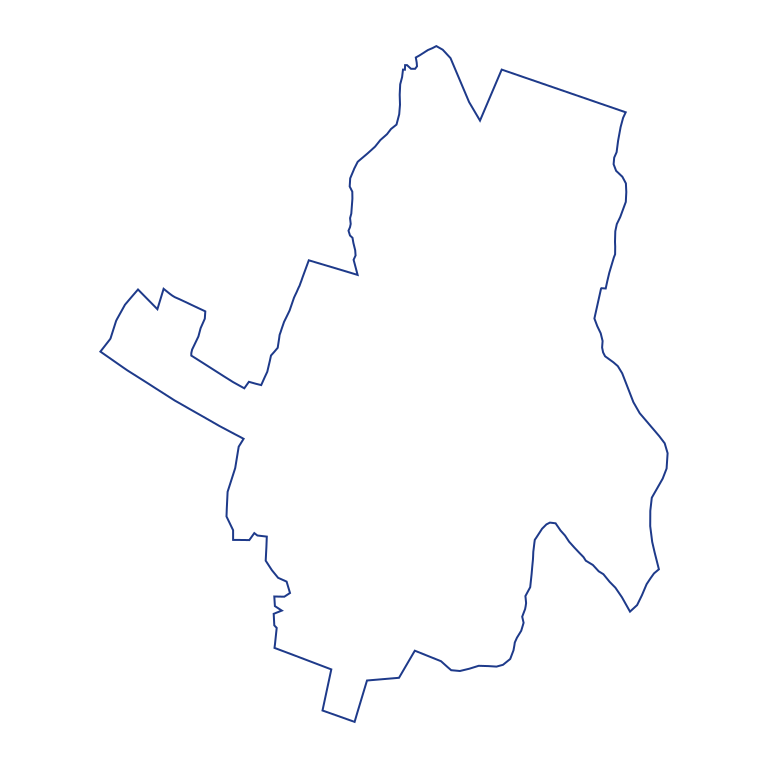 Metapa, Chiapas, Mexico (Robinson projection)
{"feature_id": "50627088B53896362948042", "entity_name": "Metapa", "entity_type": "district", "adm_level": 2, "iso_a3": "MEX", "parent_name": "Mexico", "parent_adm1": "Chiapas", "projection": "robinson", "projection_center": [-92.205, 14.822], "detail": "fine", "context": "isolated", "style": "outline", "palette": "blue", "viewbox_px": 768, "rotation_deg": 0, "n_neighbors": 0, "source": "geoboundaries", "source_scale": "gbopen_adm2", "svg_char_len": 3432}
<svg xmlns="http://www.w3.org/2000/svg" viewBox="0 0 768 768"><path d="M233.1,539.9L244.1,540.0L249.3,540.1L254.3,533.1L257.4,535.5L266.8,536.6L266.4,547.0L265.7,560.7L271.9,570.2L278.1,577.8L286.6,581.6L290.0,593.0L284.3,596.7L274.3,596.5L274.9,606.1L281.8,610.6L273.7,613.8L274.3,625.4L276.7,627.9L275.0,644.0L274.5,647.9L294.7,655.5L331.3,669.4L322.5,710.5L354.6,721.9L357.3,712.7L365.8,684.5L367.0,680.5L399.0,677.8L414.8,650.7L441.0,661.2L447.7,667.2L451.2,670.2L459.9,671.0L469.4,668.7L478.7,665.8L488.5,666.1L496.5,666.6L503.0,664.8L510.2,659.0L513.5,650.3L514.4,645.3L514.8,642.5L516.5,638.7L516.9,637.8L521.2,630.8L522.0,628.2L523.6,622.8L522.2,616.7L522.4,616.2L524.4,610.9L525.1,609.1L525.6,606.5L526.1,603.1L525.6,597.8L525.4,596.1L530.2,587.2L531.6,574.1L532.3,566.1L532.9,560.0L533.1,556.7L533.3,551.8L533.7,548.6L534.4,542.7L534.8,539.8L536.0,538.1L540.1,531.8L542.1,528.7L546.5,524.3L547.0,524.1L549.9,522.6L555.6,523.3L556.2,524.2L560.6,530.6L565.0,535.5L569.1,541.7L574.4,547.6L579.4,552.9L583.5,557.1L585.8,560.7L592.9,565.0L598.7,571.3L603.4,574.2L609.6,581.8L615.4,587.7L620.8,595.6L621.9,597.2L630.0,611.6L637.1,605.1L641.9,595.3L646.6,584.2L650.5,578.3L654.0,573.4L658.9,569.3L654.6,552.3L652.2,541.9L650.2,526.1L650.3,510.8L651.8,497.7L657.7,487.4L662.7,478.6L666.6,468.5L667.6,453.2L664.7,443.3L659.3,436.2L639.7,413.2L633.4,402.2L622.2,373.3L617.8,366.1L613.4,362.3L605.1,356.3L603.1,352.4L602.1,347.5L602.6,341.0L600.7,333.3L597.3,326.2L594.4,318.5L601.0,288.8L601.4,288.2L605.7,288.5L607.3,281.1L609.3,272.7L613.9,257.3L615.1,254.3L615.2,246.6L615.0,241.9L615.2,234.5L615.3,231.2L616.8,224.1L620.2,217.1L625.8,201.9L626.3,192.1L625.9,183.4L622.4,176.8L616.1,170.8L613.6,164.2L614.2,157.6L616.6,152.2L618.1,140.7L620.6,127.1L623.1,117.8L625.7,112.3L501.7,69.6L480.0,120.6L469.1,102.1L450.5,58.1L442.7,49.7L436.3,46.1L432.5,48.1L427.8,50.1L419.4,55.5L415.8,57.5L416.7,62.6L417.0,66.3L415.1,68.8L411.0,68.8L407.0,65.1L405.1,65.1L404.9,69.7L403.0,69.6L402.1,77.1L400.2,84.3L399.7,94.7L400.0,104.7L399.2,114.3L396.5,124.6L391.0,129.0L387.0,134.2L380.4,140.0L376.7,144.6L375.1,146.6L367.6,153.4L359.2,160.5L357.7,161.8L354.2,168.7L353.7,170.0L350.2,178.3L349.7,186.5L352.3,191.7L352.4,198.8L351.8,206.8L351.3,213.6L350.1,218.0L350.1,218.5L350.7,223.9L350.0,227.2L348.5,230.7L350.0,235.5L352.5,237.8L353.4,243.0L355.2,250.3L355.5,254.6L355.6,255.4L353.6,259.8L354.7,263.9L357.6,274.9L308.8,260.3L302.5,277.5L301.3,281.0L300.6,282.8L299.5,285.9L298.9,287.0L297.9,289.2L296.6,292.2L295.2,295.1L294.0,297.7L290.7,307.3L289.6,310.5L288.5,312.8L286.9,316.1L284.0,322.0L283.4,323.8L281.8,328.4L280.7,331.8L279.6,334.9L279.2,338.0L277.7,347.8L276.5,349.2L274.4,351.7L272.7,353.6L271.0,355.5L269.9,360.6L267.5,370.8L267.3,371.7L264.5,377.7L261.2,385.1L255.6,383.7L248.9,381.8L244.3,388.3L233.1,382.1L223.7,376.2L203.5,363.3L191.3,355.6L191.3,353.1L192.1,349.6L198.4,336.5L200.6,328.2L204.8,318.7L205.3,311.4L204.8,311.1L197.9,307.9L179.7,299.3L174.9,297.2L172.4,295.7L169.8,293.8L163.6,288.8L163.2,290.2L157.4,309.2L138.0,289.5L131.1,297.5L125.0,304.7L116.9,319.3L116.1,320.9L110.5,338.5L110.0,339.3L100.4,351.6L122.9,367.3L127.4,370.4L148.3,383.6L155.1,388.0L173.6,399.8L174.7,400.5L178.6,402.7L189.4,408.9L198.8,414.2L219.6,426.1L234.7,434.1L240.1,436.9L243.6,438.8L238.7,446.7L235.2,468.1L227.6,491.8L226.8,508.3L226.5,516.5L233.1,530.2L233.1,535.0L233.1,539.9Z" fill="none" stroke="#1e3a8a" stroke-width="2"/></svg>